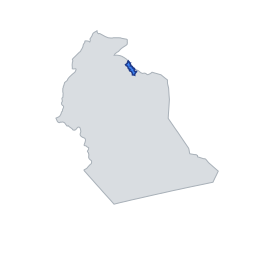 location of Chari, Chari-Baguirmi, Chad, rotated 141°
{"feature_id": "50815135B55510615891344", "entity_name": "Chari", "entity_type": "district", "adm_level": 2, "iso_a3": "TCD", "parent_name": "Chad", "parent_adm1": "Chari-Baguirmi", "projection": "orthographic", "projection_center": [15.102, 11.728], "detail": "fine", "context": "in_parent", "style": "filled", "palette": "blue", "viewbox_px": 256, "rotation_deg": 141, "n_neighbors": 0, "source": "geoboundaries", "source_scale": "gbopen_adm2", "svg_char_len": 4917}
<svg xmlns="http://www.w3.org/2000/svg" viewBox="0 0 256 256"><g transform="rotate(141 128 128)"><path d="M186.8,77.6L187.0,83.0L187.3,88.3L187.6,93.6L187.8,99.0L188.1,104.3L188.3,109.6L188.6,115.0L188.8,120.3L188.9,122.1L188.8,122.8L188.7,122.9L188.5,123.1L185.8,122.6L184.6,122.7L182.9,123.1L180.5,123.4L178.9,123.4L177.8,124.3L177.0,125.4L177.5,128.1L177.4,129.0L177.1,129.9L176.4,130.7L175.7,131.4L175.2,131.9L174.7,133.1L174.3,133.7L174.4,134.5L174.3,135.3L173.8,135.7L172.7,136.0L172.0,136.4L171.4,137.0L171.0,137.4L171.2,138.0L171.6,138.7L171.8,139.9L171.9,140.6L172.5,141.2L172.8,141.6L173.0,142.0L172.7,142.5L171.3,143.4L170.7,143.7L170.1,144.2L169.8,144.3L168.8,145.2L168.3,145.9L168.1,146.5L168.1,147.4L168.7,148.6L169.3,149.6L169.5,150.4L169.7,151.3L169.7,152.1L169.4,152.9L168.9,153.5L167.0,154.8L166.1,156.2L165.3,157.9L165.2,158.8L165.4,159.3L165.8,159.8L166.4,160.1L167.2,160.1L168.6,159.8L169.9,159.6L171.3,160.2L172.1,161.5L171.9,162.5L172.4,164.3L173.0,166.5L172.9,167.3L173.2,167.5L174.0,167.7L174.2,168.2L174.0,172.0L174.5,173.1L175.1,173.9L175.8,174.2L176.4,174.7L176.8,175.1L177.6,175.1L178.4,175.8L178.7,176.7L178.7,177.7L178.2,179.6L177.8,181.0L177.3,180.9L176.3,180.6L175.1,180.3L173.5,180.2L172.1,180.7L170.5,181.5L170.0,182.0L169.6,182.3L168.9,182.3L168.3,182.4L167.9,182.9L167.4,183.4L165.1,184.6L164.7,185.0L164.4,185.5L164.4,185.9L164.7,186.8L164.7,188.0L164.2,188.9L163.6,189.5L162.9,189.8L162.4,189.9L162.0,190.3L160.9,192.4L160.4,192.8L159.3,192.8L156.4,196.0L156.1,196.9L155.0,198.3L153.7,199.8L152.4,200.5L152.3,200.8L152.0,201.1L151.2,201.4L148.6,203.2L145.4,203.2L144.0,203.9L142.6,204.3L140.6,204.6L140.0,204.6L137.5,204.8L134.4,204.8L133.3,205.1L132.2,205.7L131.4,206.3L131.3,206.5L131.4,206.8L131.4,207.0L133.5,208.4L134.0,209.1L133.5,209.8L133.3,209.9L133.2,210.0L132.9,210.5L131.7,212.2L129.8,214.1L128.8,214.7L128.5,215.1L128.0,216.4L127.6,216.5L126.3,216.7L123.8,216.9L120.2,217.3L118.1,217.5L116.8,217.4L114.9,218.3L114.2,218.5L113.8,218.6L112.0,219.5L110.4,220.8L109.9,221.1L107.7,221.7L106.9,222.6L106.5,222.7L105.1,221.5L104.1,220.4L103.7,219.3L103.6,218.9L103.3,219.0L102.6,219.5L101.9,220.0L101.6,221.1L99.4,221.8L97.5,222.5L96.6,223.2L95.3,223.6L93.5,223.5L92.2,223.2L90.9,223.1L91.5,222.1L91.8,221.4L91.8,220.5L91.7,219.9L91.0,219.6L90.5,219.1L89.3,216.3L88.2,213.5L86.6,210.6L84.8,208.8L83.5,207.7L83.1,207.6L82.5,207.3L82.0,206.9L79.7,205.0L77.2,202.9L76.6,201.9L75.4,200.4L74.1,198.9L73.4,198.2L73.0,197.0L74.0,195.9L75.0,194.5L76.2,193.5L77.8,193.5L80.4,193.8L83.2,194.0L86.0,193.7L86.8,193.5L87.5,193.5L89.0,193.8L91.6,193.8L93.0,193.2L91.5,192.2L89.9,190.7L88.5,189.0L87.6,187.5L86.8,185.5L86.0,183.0L85.5,179.9L85.6,178.1L85.8,176.8L86.6,174.7L86.1,173.5L86.2,172.5L86.2,171.1L85.9,170.3L84.9,167.9L84.7,167.6L83.8,166.0L83.4,163.2L82.4,161.3L80.8,160.4L79.9,159.3L79.5,157.4L78.9,156.9L76.3,156.2L74.2,156.2L72.7,154.0L70.7,151.2L68.9,148.6L67.8,143.5L67.1,140.5L67.9,139.6L69.4,137.5L71.3,133.5L75.7,127.3L77.9,124.1L82.3,119.3L87.7,113.5L90.7,110.2L91.2,104.2L91.7,97.9L92.0,93.1L92.5,87.4L92.9,82.7L93.2,79.2L93.6,74.4L93.9,73.4L96.0,69.6L96.1,69.1L95.7,68.5L92.8,65.2L91.9,64.5L91.3,62.8L92.1,61.9L88.5,56.4L87.7,55.8L87.3,55.1L87.2,54.1L87.2,50.4L86.2,44.5L85.0,37.7L89.1,35.7L92.2,34.3L96.1,32.4L99.8,34.3L105.1,37.0L110.5,39.8L115.9,42.6L121.2,45.3L126.6,48.0L132.0,50.8L137.5,53.5L142.9,56.2L148.3,58.9L153.8,61.6L159.3,64.3L164.8,67.0L170.2,69.7L175.7,72.3L181.2,75.0L186.8,77.6Z" fill="#d9dde1" stroke="#a8b0b8" stroke-width="1"/><path d="M91.1,166.5L90.7,166.1L90.4,165.8L89.9,165.3L89.6,164.8L89.4,165.1L89.1,165.4L88.7,165.6L88.2,165.9L87.7,166.1L87.2,166.2L86.7,166.3L86.4,166.4L86.2,166.4L85.9,166.4L85.8,166.5L85.7,166.6L85.8,166.7L86.2,166.8L86.4,167.0L86.5,167.1L86.8,167.3L86.9,167.5L87.0,167.6L87.1,167.8L87.2,168.0L87.3,168.3L87.2,168.6L87.1,168.8L86.8,169.1L86.6,169.2L86.4,169.3L86.2,169.3L86.2,169.5L85.9,169.5L85.9,169.9L86.0,170.0L85.9,170.2L85.8,170.3L85.7,170.3L85.7,170.5L85.8,170.7L85.8,170.9L85.8,171.0L86.0,171.1L86.1,170.9L86.2,171.0L86.3,171.0L86.3,171.3L86.4,171.5L86.5,171.6L86.6,171.8L86.4,171.9L86.2,171.9L86.2,172.0L86.3,172.2L86.4,172.3L86.4,172.5L86.2,172.4L86.1,172.5L86.0,172.8L86.1,173.0L86.1,173.3L86.1,173.5L86.3,173.8L86.4,174.0L86.4,174.3L86.7,174.4L86.8,174.5L86.9,174.8L86.7,175.0L86.8,175.0L86.7,175.1L86.5,175.3L86.4,175.4L86.3,175.5L86.2,175.7L86.2,175.8L86.1,176.0L85.9,176.3L85.9,176.5L86.0,176.7L86.0,176.8L85.9,176.9L85.8,177.0L85.8,177.3L85.7,177.3L85.8,177.4L85.8,177.5L85.7,177.5L85.6,177.8L85.6,178.0L85.5,178.3L85.7,178.5L85.6,178.8L85.6,179.0L85.6,179.3L85.6,179.5L85.6,179.8L85.6,180.0L86.2,179.8L87.9,178.7L89.9,178.7L89.8,178.4L90.2,177.9L90.1,177.5L89.8,176.9L89.5,176.4L89.7,175.4L90.3,174.0L90.0,173.2L89.6,172.4L90.2,172.5L90.5,172.1L90.7,171.4L90.4,170.7L89.9,170.0L89.9,169.1L90.1,168.4L90.2,167.8L90.6,167.1L91.1,166.5Z" fill="#3b82f6" stroke="#1e3a8a" stroke-width="1.5"/></g></svg>